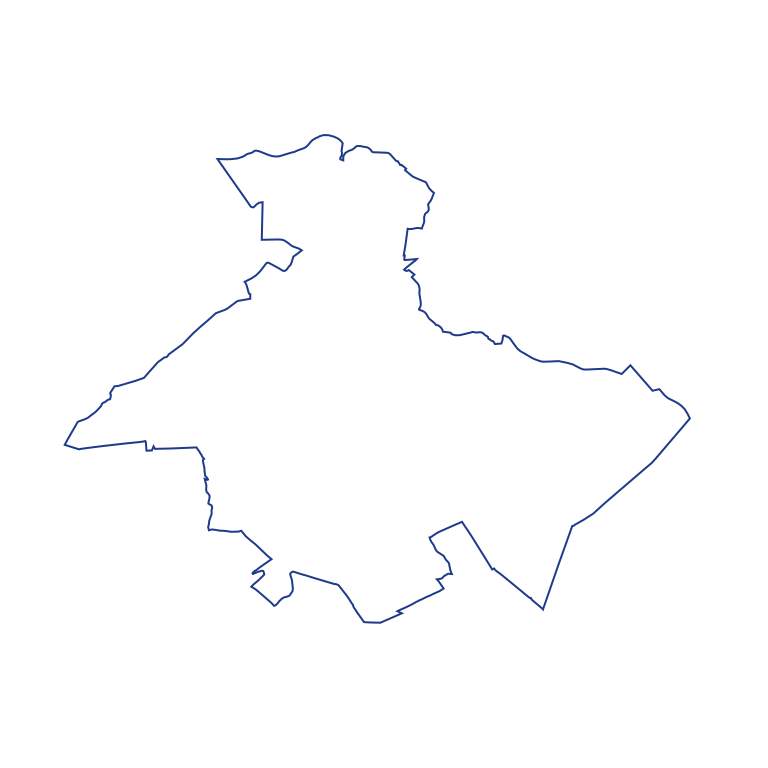 outline of Radaseni, Suceava, Romania, rotated 278°
{"feature_id": "2599482B73099737590201", "entity_name": "Radaseni", "entity_type": "district", "adm_level": 2, "iso_a3": "ROU", "parent_name": "Romania", "parent_adm1": "Suceava", "projection": "albers", "projection_center": [26.255, 47.485], "detail": "fine", "context": "isolated", "style": "outline", "palette": "blue", "viewbox_px": 768, "rotation_deg": 278, "n_neighbors": 0, "source": "geoboundaries", "source_scale": "gbopen_adm2", "svg_char_len": 6157}
<svg xmlns="http://www.w3.org/2000/svg" viewBox="0 0 768 768"><g transform="rotate(278 384 384)"><path d="M436.8,625.4L427.0,618.0L429.2,606.9L429.9,602.1L429.7,599.6L426.4,582.0L426.2,579.1L426.9,576.1L429.6,568.4L430.4,563.2L431.0,554.0L428.9,542.7L428.2,538.3L428.3,535.4L429.6,529.5L430.7,526.1L433.3,520.0L435.5,514.4L436.3,513.3L437.3,511.5L442.2,506.6L445.3,503.7L446.6,502.3L447.4,501.2L448.8,496.2L448.3,495.2L443.8,495.2L440.4,494.6L439.0,488.3L440.6,487.2L441.5,486.2L441.8,484.6L442.3,483.2L443.0,482.5L443.2,481.4L443.5,481.1L443.8,480.8L445.2,480.3L445.4,480.0L446.1,478.2L447.0,476.4L448.3,474.8L448.7,472.4L448.6,471.6L447.8,468.3L447.9,464.7L447.8,464.2L447.0,462.7L445.9,459.8L445.0,457.7L443.7,454.2L443.0,452.7L442.2,447.9L442.6,445.0L442.9,444.0L443.9,443.1L444.1,442.0L444.0,435.1L445.6,434.4L447.2,433.2L448.5,431.5L449.4,429.9L449.7,428.6L449.6,428.1L449.6,427.4L451.6,425.2L454.7,420.1L455.3,419.3L459.6,415.8L460.7,414.4L461.7,412.2L462.3,408.7L462.8,408.3L463.3,408.2L463.9,408.6L465.3,409.1L466.6,409.4L467.4,409.4L470.1,409.0L478.6,406.4L482.6,406.1L484.0,405.8L486.4,404.7L487.7,403.9L488.1,403.5L493.7,396.6L496.6,398.9L500.3,392.7L499.4,391.5L499.1,390.4L499.3,389.2L500.0,388.0L502.5,390.0L509.5,396.7L510.5,397.8L512.3,399.1L509.7,387.7L509.7,387.3L510.0,386.7L514.1,386.7L514.0,385.6L523.7,385.9L541.0,385.8L541.0,387.5L541.3,389.6L542.8,394.1L543.3,396.4L543.2,399.9L544.8,400.1L549.6,401.2L551.1,401.1L554.9,400.5L558.0,401.0L558.9,401.6L560.1,402.8L560.9,403.4L562.0,403.9L563.4,404.0L566.5,403.2L567.5,402.7L568.6,402.8L571.0,404.2L573.2,405.2L580.2,406.9L582.0,404.0L584.5,401.1L589.6,397.5L592.3,387.2L593.4,383.7L595.9,379.5L598.7,375.1L600.3,376.0L603.4,370.9L603.3,370.2L603.0,369.7L606.5,366.7L606.5,365.2L606.9,364.6L612.5,358.0L613.4,356.1L613.4,354.8L612.0,341.0L612.3,339.9L614.0,338.3L615.0,336.8L615.7,335.5L616.0,334.4L616.1,330.4L616.3,328.6L616.3,327.3L616.1,325.4L615.8,324.0L615.7,323.7L612.9,321.3L611.8,320.2L609.7,316.3L608.2,314.5L607.0,313.3L604.2,312.2L602.9,312.1L599.8,312.5L600.4,309.5L601.3,309.2L602.0,309.2L604.1,310.2L605.1,310.4L607.0,310.2L609.0,309.5L616.6,309.6L618.5,307.8L620.2,305.2L621.2,302.7L621.9,300.3L622.6,295.0L622.6,293.4L622.2,291.2L622.2,289.8L620.3,285.6L619.8,285.0L619.3,284.6L618.9,284.0L618.6,283.1L615.9,279.6L614.3,278.2L610.6,275.9L608.3,274.2L606.7,272.4L603.8,266.9L601.2,262.6L600.3,260.2L595.0,248.7L594.3,245.9L594.1,242.2L594.5,238.9L596.8,229.3L597.2,227.1L597.3,225.0L597.0,223.6L594.9,221.3L594.2,220.1L593.4,218.1L592.6,216.4L589.7,213.0L587.4,208.5L586.8,206.8L585.3,200.9L584.7,197.2L583.6,187.8L570.7,199.8L555.4,214.1L541.1,227.4L540.6,229.1L540.9,230.3L544.0,232.7L546.1,235.0L546.9,237.6L547.1,238.5L509.8,242.9L512.4,259.1L512.7,262.8L512.2,265.5L510.4,269.2L508.1,273.2L507.4,275.2L506.3,280.7L504.9,284.0L501.4,280.6L497.5,276.5L492.1,275.7L489.1,275.0L487.2,273.6L483.5,271.5L482.6,270.6L482.2,269.9L482.0,268.8L482.5,267.0L484.2,263.1L487.7,253.7L488.0,252.5L487.8,251.4L487.3,250.7L481.9,247.7L478.8,245.9L476.9,244.6L473.5,241.9L470.1,238.0L465.8,231.8L464.6,233.0L462.4,234.3L455.3,237.4L454.5,238.0L454.3,239.1L449.8,239.7L445.9,227.6L444.8,226.3L436.7,218.2L435.1,215.8L430.7,207.6L422.1,200.4L415.1,194.2L408.2,188.4L395.3,178.9L383.4,166.7L381.6,165.9L380.5,165.1L379.6,162.7L374.1,157.0L360.6,148.0L356.7,145.5L352.9,138.2L345.1,121.1L344.2,117.4L337.2,114.2L336.2,114.2L335.5,115.0L333.5,115.1L330.8,114.9L329.9,112.7L327.3,110.2L326.0,108.1L324.9,107.4L322.7,106.9L316.6,102.6L309.0,95.1L306.8,91.5L304.6,87.1L303.7,85.9L284.2,78.1L279.3,76.3L277.3,88.5L276.9,91.4L277.4,92.3L279.8,100.8L283.5,114.5L289.2,136.5L292.6,150.4L293.8,154.4L294.3,155.6L293.0,156.3L284.9,158.1L285.9,163.4L290.2,164.5L287.9,166.2L290.4,181.5L295.1,207.2L293.8,208.2L291.3,210.7L290.2,211.4L288.5,213.0L286.1,214.6L285.6,215.2L285.4,215.7L285.2,216.0L284.7,216.3L284.4,215.9L283.5,215.3L282.5,215.4L278.8,216.7L276.3,217.7L272.8,218.4L268.9,219.5L267.8,220.0L267.1,221.1L266.0,222.2L265.2,222.9L264.9,223.0L264.6,222.7L264.5,222.0L265.0,219.7L258.6,222.3L255.2,222.5L253.4,223.0L252.6,223.2L251.1,225.1L249.4,226.6L248.6,227.0L245.4,227.0L241.6,226.6L241.0,226.9L240.5,228.2L240.2,229.3L239.5,230.3L237.4,231.1L235.1,230.8L231.5,231.4L224.4,230.0L220.5,230.1L218.6,229.8L217.8,229.8L214.8,231.0L215.9,233.4L216.0,234.1L216.1,236.6L215.9,241.8L216.3,245.7L216.4,247.4L216.4,253.4L217.6,260.5L218.8,263.1L213.9,268.4L210.0,274.5L207.4,278.9L197.5,292.7L194.9,297.0L185.4,286.8L182.3,283.8L181.0,282.2L178.9,280.3L178.1,280.2L177.7,280.6L177.8,280.9L179.9,284.4L181.9,288.5L182.1,289.5L182.0,290.4L180.3,291.4L178.8,291.9L178.0,291.5L171.8,286.7L167.6,282.9L164.8,280.8L163.0,285.0L161.3,287.9L151.6,302.9L149.0,306.1L150.1,307.7L151.9,309.1L154.2,310.4L157.4,312.9L158.9,314.9L159.7,317.1L160.5,318.6L161.0,319.4L161.6,320.0L166.0,322.2L166.9,322.3L169.0,322.2L170.4,321.8L177.1,320.1L181.5,318.0L182.8,317.6L183.3,317.6L184.3,318.4L185.3,319.4L185.6,320.0L183.7,331.6L183.7,332.6L182.9,337.2L181.2,347.9L179.0,362.8L179.2,364.1L178.5,366.9L168.6,377.2L161.7,383.2L161.1,384.0L159.7,384.5L158.7,385.1L153.3,389.9L145.4,397.4L146.0,404.3L147.1,413.6L159.4,433.6L160.9,428.9L162.6,431.4L165.9,436.8L169.7,442.4L172.5,446.0L175.0,449.7L176.5,452.1L178.7,455.2L181.1,459.3L182.9,461.8L186.6,467.8L189.8,471.5L196.4,465.4L197.9,463.6L199.0,467.2L199.7,468.5L202.1,470.2L204.9,473.7L205.1,474.8L205.3,477.6L206.5,476.8L209.2,475.5L215.4,473.3L216.4,472.5L217.6,470.9L218.9,469.5L220.3,468.3L221.7,467.4L222.1,467.0L225.2,460.3L226.4,458.8L231.5,455.5L234.4,452.8L236.4,451.4L238.4,450.5L239.2,452.1L241.9,455.0L244.7,458.3L254.8,474.5L258.4,480.5L257.3,481.3L246.4,491.1L229.2,505.5L215.4,517.0L216.6,518.7L215.0,520.4L213.6,522.8L212.4,525.3L197.6,549.6L196.1,551.9L192.4,558.1L192.5,559.2L192.5,559.4L191.1,560.2L183.5,572.2L182.9,572.8L229.8,582.0L269.6,590.2L269.8,591.2L270.0,591.5L271.0,592.4L277.4,600.7L284.9,609.4L296.5,619.0L334.7,652.6L342.6,659.7L347.3,663.0L392.4,691.7L396.7,688.8L401.0,685.2L403.9,681.4L405.9,677.6L407.4,673.5L409.5,667.1L412.0,663.3L417.2,657.4L414.7,650.9L436.8,625.4Z" fill="none" stroke="#1e3a8a" stroke-width="2"/></g></svg>